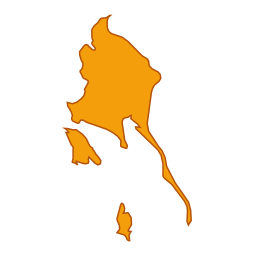 the Province of Trat
{"feature_id": "THA-435", "entity_name": "Trat", "entity_type": "Province", "adm_level": 1, "iso_a3": "THA", "parent_name": "Thailand", "parent_adm1": "", "projection": "mercator", "projection_center": [102.484, 12.155], "detail": "fine", "context": "isolated", "style": "filled", "palette": "amber", "viewbox_px": 256, "rotation_deg": 0, "n_neighbors": 0, "source": "natural_earth", "source_scale": "10m", "svg_char_len": 2745}
<svg xmlns="http://www.w3.org/2000/svg" viewBox="0 0 256 256"><path d="M160.7,149.1L161.9,150.5L164.9,157.1L166.7,166.5L175.3,183.1L183.1,194.2L188.5,202.2L190.6,209.8L191.2,220.6L188.4,225.0L187.0,221.1L187.5,211.3L187.1,206.8L184.6,201.4L172.0,184.6L164.2,178.1L163.0,176.1L163.0,163.8L161.1,155.3L157.9,149.9L135.9,128.6L135.6,126.9L140.0,127.3L137.7,124.2L130.9,118.7L131.1,116.7L131.1,115.4L128.0,117.2L125.2,117.8L122.9,119.1L122.1,122.6L124.7,140.3L127.0,144.8L127.4,146.1L126.7,148.2L125.2,148.2L123.2,147.3L121.4,146.8L120.7,145.9L120.9,141.8L120.8,140.3L117.4,136.0L112.2,132.2L106.5,129.2L86.5,122.2L83.5,120.3L80.9,120.0L78.7,123.2L77.6,123.2L73.4,121.4L72.4,120.6L71.6,119.0L71.8,117.6L72.2,116.3L72.4,115.4L71.1,111.6L67.7,105.9L67.3,102.4L72.3,103.7L77.0,102.1L80.9,99.0L83.8,95.9L85.3,91.5L84.5,89.3L88.0,83.2L88.2,81.1L87.3,80.2L86.3,79.6L84.4,78.7L83.4,78.0L82.9,77.4L82.4,76.5L81.1,73.5L80.2,72.1L80.1,71.3L80.3,70.6L81.1,69.8L81.8,69.0L82.3,67.9L82.9,65.5L83.0,64.2L82.9,63.2L82.8,62.7L82.5,62.3L82.2,61.9L81.6,60.8L80.9,59.1L79.7,54.9L79.6,52.8L79.7,51.5L82.8,47.5L83.1,47.0L83.9,46.0L84.8,45.2L85.4,44.9L86.0,44.7L86.7,44.7L87.3,44.9L87.8,45.2L88.3,45.7L89.0,46.6L91.8,49.1L92.9,49.8L93.6,50.0L94.3,50.1L95.1,49.8L95.3,49.1L95.2,48.4L95.0,47.8L92.9,45.3L92.1,44.1L91.8,43.0L92.2,42.3L92.9,41.2L93.1,40.4L93.0,39.9L92.6,39.5L92.2,38.8L92.0,37.7L91.8,30.7L91.9,29.6L92.3,28.8L94.4,25.7L98.1,22.5L99.6,19.8L100.1,19.3L100.6,18.8L101.1,18.5L101.7,18.2L103.3,18.0L104.9,18.0L105.5,17.9L106.2,17.8L109.4,15.7L110.4,15.4L110.5,15.4L108.2,17.4L107.3,20.4L107.1,24.4L107.5,28.5L108.9,31.6L110.6,32.9L111.7,33.7L122.3,37.3L127.9,41.4L142.1,55.8L146.7,58.6L148.0,59.8L148.7,61.4L149.0,64.6L149.5,66.1L152.1,68.8L158.1,72.0L160.2,74.5L160.5,76.6L160.8,78.3L159.2,81.0L154.4,85.2L152.4,88.8L151.4,92.4L147.2,123.6L148.6,131.2L158.2,146.0L160.7,149.1ZM92.7,149.4L94.0,150.7L95.9,154.2L98.8,157.5L100.8,160.7L100.4,163.8L97.9,164.9L94.8,163.0L88.9,157.0L88.3,159.3L88.7,161.5L88.3,163.1L85.7,163.8L83.3,163.5L76.2,161.2L76.2,162.4L76.7,163.0L77.6,165.0L76.4,164.0L75.3,163.3L74.1,162.8L72.4,162.4L72.4,161.2L73.1,158.6L73.1,146.8L71.3,144.9L66.0,132.5L68.6,132.5L67.8,131.1L67.0,130.1L66.0,129.2L64.8,128.4L67.9,128.6L72.9,129.9L76.2,129.7L82.1,134.0L84.4,136.4L86.5,139.0L88.7,143.9L90.3,146.5L92.7,148.2L92.7,149.4ZM123.3,213.2L128.1,212.8L131.1,217.6L131.5,224.5L128.4,230.1L128.4,231.4L131.1,231.4L129.5,234.0L129.0,235.8L129.7,240.6L128.4,240.6L127.2,239.6L125.7,236.5L124.7,235.3L123.0,234.5L117.0,232.7L118.5,230.7L119.3,229.7L119.6,228.7L119.5,226.4L119.0,224.6L117.2,220.3L117.0,218.5L120.7,204.7L121.7,203.3L123.3,204.2L124.1,206.3L124.6,208.4L124.4,210.7L123.3,213.2Z" fill="#f59e0b" stroke="#b45309" stroke-width="1.5"/></svg>